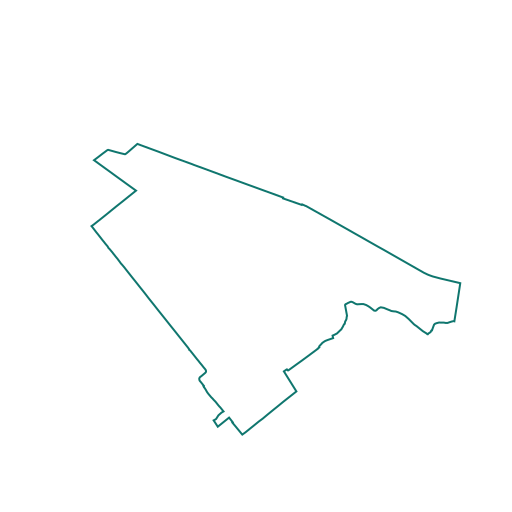 the district of Valea Ciorii, Ialomita, Romania, rotated 320°
{"feature_id": "2599482B71161543581050", "entity_name": "Valea Ciorii", "entity_type": "district", "adm_level": 2, "iso_a3": "ROU", "parent_name": "Romania", "parent_adm1": "Ialomita", "projection": "orthographic", "projection_center": [27.536, 44.736], "detail": "fine", "context": "isolated", "style": "outline", "palette": "teal", "viewbox_px": 512, "rotation_deg": 320, "n_neighbors": 0, "source": "geoboundaries", "source_scale": "gbopen_adm2", "svg_char_len": 3865}
<svg xmlns="http://www.w3.org/2000/svg" viewBox="0 0 512 512"><g transform="rotate(320 256 256)"><path d="M287.3,360.3L292.7,350.8L293.6,350.5L294.5,350.8L296.2,351.1L299.0,351.9L299.8,352.5L300.5,353.8L301.5,356.6L302.4,358.0L305.9,360.6L307.4,361.9L308.9,364.4L309.8,366.8L310.3,368.5L311.4,373.8L311.8,374.2L312.4,374.8L313.2,375.0L313.8,375.0L314.9,374.8L317.1,375.0L318.6,375.5L320.6,377.9L322.2,381.0L323.6,383.6L324.3,385.1L325.8,386.8L327.4,388.4L328.7,390.5L330.6,394.5L331.8,397.9L332.5,402.5L333.1,409.8L333.4,411.2L333.9,412.8L334.7,416.8L335.5,420.8L336.9,425.1L337.0,426.1L337.3,426.4L338.3,426.2L340.7,426.5L342.2,425.9L342.7,425.8L343.0,426.1L344.0,425.5L345.0,424.9L348.2,423.1L348.9,423.0L349.7,423.0L350.2,423.2L351.1,423.5L353.4,424.6L357.2,427.9L358.2,429.1L359.7,430.4L361.6,431.1L363.8,432.0L365.7,433.0L366.0,433.5L376.7,424.2L380.9,420.5L394.0,409.0L395.0,408.1L382.9,391.9L378.2,385.2L376.8,382.8L376.0,381.4L375.3,380.0L374.7,378.6L374.6,378.4L373.9,376.9L365.5,354.2L358.1,334.2L358.0,333.9L355.5,327.4L338.4,281.5L326.5,250.0L326.0,249.2L325.6,248.3L324.5,246.1L323.9,246.3L313.7,229.2L314.4,228.7L301.3,206.0L297.9,200.1L295.4,195.8L289.6,185.7L283.8,175.7L272.2,155.3L267.2,146.7L266.1,144.6L257.0,128.9L248.1,113.0L245.4,108.3L238.8,96.8L238.6,96.4L237.2,93.9L231.1,94.0L225.7,94.1L223.0,94.1L221.4,94.0L221.0,93.8L220.8,93.5L220.1,92.6L218.1,89.9L215.6,86.4L212.8,82.3L211.0,79.7L210.7,79.5L210.3,79.4L209.6,79.3L207.5,79.2L204.4,79.0L199.2,78.8L193.5,78.5L200.6,107.0L202.4,114.1L202.9,116.2L206.1,128.8L197.4,128.6L192.1,128.5L184.4,128.3L180.8,128.2L174.6,128.1L167.4,128.0L152.1,127.6L149.2,127.4L149.2,128.8L148.9,135.5L148.9,137.1L148.6,145.6L148.6,147.4L148.5,149.4L148.5,153.4L148.4,153.8L148.3,154.3L148.2,154.6L148.2,155.1L148.1,155.4L148.2,155.7L148.3,156.3L148.3,156.9L148.3,158.1L148.3,159.3L148.3,161.3L148.2,162.3L148.2,163.9L148.1,166.3L148.1,169.2L148.0,170.5L147.9,172.6L147.8,173.9L147.7,174.8L147.8,176.3L147.8,180.4L147.7,182.6L147.4,192.5L147.2,201.4L147.1,204.3L146.9,212.6L146.6,219.8L146.4,228.4L146.2,234.6L146.1,239.1L145.9,247.0L145.8,250.7L145.7,254.3L145.6,259.3L145.5,263.6L145.4,267.0L145.2,274.8L145.0,282.8L144.9,283.5L144.9,284.1L144.7,284.5L144.6,284.8L144.5,285.0L144.6,285.3L144.8,285.7L144.8,286.4L144.5,297.1L144.5,297.7L144.5,299.5L144.4,301.5L144.4,304.9L144.3,307.2L144.3,310.1L144.2,311.0L144.1,311.4L143.9,311.7L143.7,312.1L143.3,312.5L142.7,312.8L141.7,312.9L140.1,312.9L138.9,312.9L137.1,312.9L135.4,312.8L134.8,312.9L134.3,313.1L133.9,313.3L133.5,313.7L133.2,314.2L132.9,314.7L132.7,315.4L132.7,317.5L132.6,320.9L132.6,321.8L132.2,321.8L132.2,322.5L131.9,322.7L131.8,323.0L131.8,324.4L131.5,326.4L131.4,326.9L131.2,327.9L131.0,329.2L130.9,331.1L130.9,335.5L131.0,336.4L131.1,337.2L131.1,338.8L131.3,341.4L131.3,342.6L131.2,345.6L131.2,347.9L131.3,348.6L131.3,350.4L131.2,354.2L128.9,353.8L124.8,353.9L120.7,355.2L119.8,355.1L117.9,354.7L117.0,362.2L131.5,362.5L131.3,368.5L130.8,368.5L130.8,370.0L130.8,373.9L130.7,383.4L130.7,384.0L134.7,384.3L140.4,384.4L145.1,384.5L151.8,384.6L156.7,384.9L157.9,384.9L163.0,384.9L170.2,385.0L170.8,385.0L174.7,385.1L183.4,385.2L199.9,385.7L203.2,362.3L206.5,362.6L206.8,362.7L206.8,363.9L206.9,364.2L207.3,364.4L217.3,365.1L223.8,365.6L243.7,366.8L243.8,366.6L245.8,366.7L246.1,366.0L246.3,365.9L247.1,365.7L248.1,365.6L249.8,365.4L251.0,365.2L252.0,365.3L253.1,365.4L254.0,365.5L254.8,365.7L255.7,366.0L256.9,366.4L261.3,368.1L262.3,368.5L263.5,366.2L265.2,366.7L268.2,367.4L269.5,367.3L271.1,367.2L273.6,367.0L274.1,367.1L275.0,366.7L276.8,366.1L278.4,365.4L279.5,364.9L280.3,365.0L281.0,364.5L281.5,364.0L282.1,363.6L282.4,363.5L282.7,363.3L283.7,363.0L283.9,362.9L284.2,362.7L284.3,362.7L284.6,362.5L284.8,362.4L285.7,361.6L286.0,361.2L286.3,361.0L286.7,360.7L287.2,360.3L287.3,360.3Z" fill="none" stroke="#0f766e" stroke-width="2"/></g></svg>